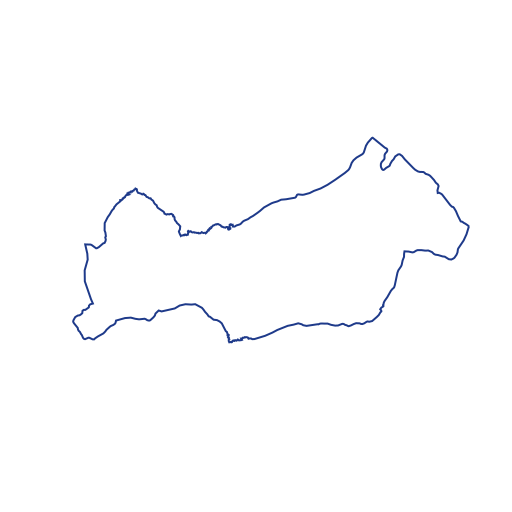 Aceh Tengah, Aceh, Indonesia (orthographic projection), rotated 319°
{"feature_id": "22746128B89023327523654", "entity_name": "Aceh Tengah", "entity_type": "district", "adm_level": 2, "iso_a3": "IDN", "parent_name": "Indonesia", "parent_adm1": "Aceh", "projection": "orthographic", "projection_center": [96.82, 4.563], "detail": "fine", "context": "isolated", "style": "outline", "palette": "blue", "viewbox_px": 512, "rotation_deg": 319, "n_neighbors": 0, "source": "geoboundaries", "source_scale": "gbopen_adm2", "svg_char_len": 6132}
<svg xmlns="http://www.w3.org/2000/svg" viewBox="0 0 512 512"><g transform="rotate(319 256 256)"><path d="M148.4,235.9L160.3,242.3L165.9,243.3L171.1,246.1L175.4,250.3L178.5,252.5L181.2,259.6L181.2,261.9L180.9,264.7L181.0,268.1L180.7,270.5L181.4,271.7L182.2,276.2L184.5,278.8L185.6,281.6L186.0,284.4L183.9,292.9L184.2,294.3L183.8,295.0L183.6,295.9L182.8,296.8L183.4,297.1L183.6,297.8L182.7,298.4L181.6,298.7L181.5,299.1L181.9,299.5L181.9,300.0L181.4,300.2L181.2,301.3L180.5,301.3L179.7,302.2L179.2,303.6L179.9,304.0L180.5,304.2L180.7,304.9L181.3,305.2L181.7,304.8L183.4,304.8L183.7,305.8L184.3,306.1L185.0,305.8L185.7,306.6L185.9,307.2L187.5,307.1L187.8,308.6L188.8,309.1L189.2,309.6L190.4,310.1L190.7,308.6L191.5,309.2L192.4,309.0L192.9,309.6L194.1,309.8L194.2,310.3L195.2,310.6L196.3,312.0L196.1,313.3L196.6,313.3L196.8,313.9L198.1,314.9L198.6,316.3L200.4,317.7L210.5,322.2L218.2,324.6L223.5,325.8L234.1,329.5L239.4,332.5L243.7,334.5L245.7,337.5L246.2,339.2L248.3,341.9L257.4,347.7L258.3,348.4L257.8,348.4L259.8,349.0L260.6,349.5L265.7,354.0L267.5,357.2L270.1,360.5L272.4,362.3L276.1,363.6L277.0,364.1L277.6,364.9L278.1,366.5L279.0,367.8L279.3,368.8L279.9,369.8L282.1,370.7L285.2,371.5L287.5,372.4L290.0,374.8L290.7,376.2L291.6,377.1L293.4,377.8L296.3,378.2L297.3,378.6L298.3,379.9L301.0,381.3L307.1,381.3L310.0,381.1L312.9,380.1L314.2,380.1L314.8,379.2L314.8,377.7L316.7,377.2L318.6,377.5L319.4,376.7L319.6,377.0L320.1,376.4L321.9,375.0L323.6,374.3L328.1,373.2L334.9,370.8L337.2,370.4L338.9,370.4L339.8,370.2L341.6,369.1L351.8,361.4L354.0,360.2L358.6,359.0L360.1,358.3L363.8,355.5L367.1,353.8L369.1,351.6L371.1,349.9L374.1,352.8L376.4,355.9L377.6,356.6L380.6,357.1L381.8,357.6L384.7,360.1L387.1,362.8L389.7,365.0L391.4,368.5L391.6,371.0L392.2,372.6L394.1,374.8L396.6,378.8L398.0,380.3L399.4,384.9L401.1,386.8L403.3,387.4L404.6,387.5L408.2,386.6L410.4,385.5L412.8,383.4L413.6,383.0L422.9,380.5L429.1,377.7L436.0,373.4L436.1,373.6L435.9,371.6L435.2,369.0L434.5,367.2L434.2,365.6L433.2,364.2L434.7,358.3L436.3,353.4L437.0,349.4L436.9,348.3L436.2,347.3L436.0,344.8L436.8,331.7L436.5,330.4L435.7,328.4L434.5,327.7L436.0,325.5L439.7,323.0L440.2,321.3L439.8,318.6L440.2,315.5L440.1,311.2L440.0,309.6L439.5,307.9L437.9,305.2L437.8,303.5L437.3,302.3L434.7,299.9L433.7,298.4L432.7,295.3L432.4,292.7L431.7,280.7L431.9,276.3L431.2,273.5L430.0,272.6L426.4,272.2L423.3,273.3L421.0,273.5L418.0,274.5L416.2,275.5L415.2,275.5L412.1,274.9L409.5,274.9L408.7,274.7L408.2,274.1L408.1,273.1L408.7,270.9L409.4,269.8L410.7,268.4L412.3,267.6L416.2,267.1L417.2,266.5L419.2,264.2L420.6,263.5L423.4,263.1L424.5,262.4L425.0,261.5L425.1,260.7L424.3,258.7L421.5,242.5L421.5,242.9L414.8,243.8L411.4,244.9L405.4,248.5L404.1,248.9L402.8,248.9L396.5,247.7L392.4,247.7L389.3,248.5L385.1,250.8L383.2,251.5L382.0,251.7L377.4,251.6L365.5,250.4L356.7,249.2L349.0,247.4L342.5,244.9L337.8,243.7L332.4,241.1L331.1,240.2L328.4,237.3L327.7,236.9L327.1,236.8L324.7,237.7L323.7,237.6L315.9,232.9L311.9,230.0L308.1,228.9L304.2,227.1L302.3,226.4L293.9,224.6L288.6,224.6L285.5,224.4L279.9,223.8L277.3,223.2L274.1,222.9L270.2,221.6L268.6,221.4L265.6,221.7L264.4,221.5L261.3,220.1L259.3,219.8L258.7,219.4L257.9,218.6L258.4,218.2L258.9,217.1L257.8,216.5L258.0,215.9L257.9,215.5L257.0,215.2L256.8,215.5L256.5,215.3L255.4,216.5L255.1,216.6L254.8,217.3L254.9,218.2L254.5,218.6L252.8,218.3L252.5,217.7L252.7,217.2L253.0,217.1L253.1,216.7L253.3,216.6L253.6,215.6L252.7,214.7L251.6,214.6L251.4,214.1L250.7,213.6L250.3,213.0L250.0,212.0L249.8,212.0L249.3,211.2L249.4,209.6L248.3,206.9L247.9,206.8L247.4,206.3L246.9,206.3L246.6,205.8L245.4,205.4L244.6,205.3L243.7,204.8L242.1,205.1L241.4,204.7L240.6,205.5L239.2,205.4L239.1,204.7L238.0,205.0L237.3,204.9L237.1,205.7L236.5,205.4L235.2,205.7L234.9,205.4L233.9,205.9L233.1,205.9L233.2,205.6L232.8,205.0L231.4,204.2L231.0,203.4L230.7,202.4L229.1,202.4L227.7,201.4L227.8,200.8L227.5,200.5L226.6,200.0L225.9,198.8L225.0,198.1L224.8,197.3L223.7,196.7L223.1,195.8L223.0,194.5L221.9,194.2L221.4,192.6L220.8,192.7L220.0,194.2L218.9,194.6L218.6,195.2L217.1,194.6L217.0,194.0L216.5,193.7L216.6,193.3L216.1,193.0L215.2,193.1L215.1,192.6L213.8,192.2L213.2,191.6L212.4,191.6L212.9,189.6L213.8,187.0L214.9,186.4L215.9,186.1L218.3,183.9L218.3,181.4L218.0,179.2L218.3,177.9L218.3,176.0L218.8,174.7L219.9,173.3L220.0,172.1L219.5,171.8L219.7,171.1L220.3,170.6L219.8,168.7L218.6,167.9L218.1,167.9L216.5,166.2L215.6,166.0L214.7,163.9L215.2,163.0L215.3,161.9L213.5,155.2L213.7,153.8L214.3,152.6L213.9,150.9L213.9,149.5L214.6,146.7L214.1,144.8L214.3,143.3L213.7,143.0L213.2,142.2L212.9,140.6L212.2,139.6L212.5,137.5L212.0,137.0L212.1,136.1L211.9,135.5L211.8,135.2L211.4,135.4L210.5,134.9L210.1,133.5L208.4,130.8L209.0,128.4L209.8,127.6L209.8,127.0L209.3,126.6L209.2,126.1L208.8,126.3L207.7,126.0L206.6,126.4L205.8,126.0L204.8,126.3L204.4,126.0L204.3,125.4L203.7,125.1L202.8,125.3L202.4,125.1L202.4,125.4L201.2,124.6L200.9,125.1L200.4,125.1L199.9,124.5L199.7,124.7L200.3,126.2L199.3,125.8L199.2,124.9L197.7,125.0L197.4,124.9L196.0,125.4L194.1,125.2L194.3,125.5L193.4,125.4L192.6,125.7L191.9,125.7L191.1,125.6L190.2,124.7L190.0,124.9L190.1,125.6L189.6,125.7L184.6,125.5L181.7,126.1L181.1,126.1L179.9,126.9L178.2,127.0L176.4,127.4L173.0,128.6L169.6,129.4L163.4,131.9L158.5,137.4L157.7,139.5L155.7,142.6L154.5,143.0L153.4,145.1L152.2,146.0L150.3,146.8L148.9,146.2L143.3,146.2L141.2,145.8L140.4,145.3L139.2,140.0L138.7,138.9L134.7,135.2L130.2,143.6L126.6,148.3L117.3,154.4L110.2,162.8L103.1,180.4L101.7,184.9L99.2,183.7L97.4,183.9L96.1,185.1L91.9,184.7L90.7,183.7L89.2,183.5L87.3,185.2L85.5,185.2L84.0,185.0L82.4,184.0L79.5,183.5L76.4,184.6L75.2,185.3L74.7,186.2L74.5,187.5L74.3,193.3L73.5,194.6L73.1,196.0L73.3,197.7L72.7,200.4L72.7,201.4L71.8,204.2L71.8,205.6L72.4,206.6L75.9,207.7L76.6,208.4L78.0,211.7L79.1,212.7L80.6,212.6L84.0,213.0L90.0,214.3L92.7,214.1L94.7,213.6L99.3,213.5L100.5,213.6L103.0,214.4L104.9,214.6L106.1,214.3L108.0,212.9L116.4,216.9L121.1,220.4L123.7,224.2L126.2,227.1L130.8,230.3L131.5,231.8L131.8,233.1L132.9,234.6L134.0,235.1L138.3,235.0L140.6,234.6L142.4,233.5L146.8,233.3L148.4,235.9Z" fill="none" stroke="#1e3a8a" stroke-width="2"/></g></svg>